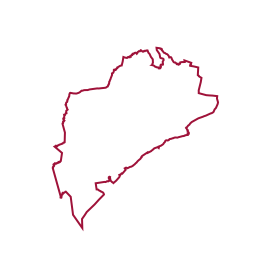 outline of "Nordre Land" nor, Oppland, Norway, rotated 240°
{"feature_id": "86288312B61487149869578", "entity_name": "\"Nordre Land\" nor", "entity_type": "district", "adm_level": 2, "iso_a3": "NOR", "parent_name": "Norway", "parent_adm1": "Oppland", "projection": "albers", "projection_center": [10.023, 60.946], "detail": "fine", "context": "isolated", "style": "outline", "palette": "rose", "viewbox_px": 256, "rotation_deg": 240, "n_neighbors": 0, "source": "geoboundaries", "source_scale": "gbopen_adm2", "svg_char_len": 5731}
<svg xmlns="http://www.w3.org/2000/svg" viewBox="0 0 256 256"><g transform="rotate(240 128 128)"><path d="M187.3,95.3L187.0,95.2L186.9,94.6L186.5,94.1L184.9,93.0L184.7,92.5L184.3,92.2L184.0,91.6L183.0,90.4L182.8,89.8L182.4,89.6L182.3,89.2L181.7,89.0L181.0,88.3L181.0,87.8L180.9,87.2L180.1,86.5L179.5,85.7L179.2,85.9L178.9,85.5L178.1,85.5L176.3,85.1L175.8,85.2L175.3,84.9L174.1,84.9L173.8,83.2L172.4,82.2L172.3,82.4L171.6,82.1L171.9,81.4L171.4,80.8L171.3,80.3L171.0,80.3L170.8,80.1L170.8,79.8L170.8,79.5L171.0,79.3L170.5,79.2L170.4,78.8L169.4,78.3L169.0,78.0L169.1,77.8L168.8,77.3L168.6,77.4L168.6,77.1L168.3,77.2L168.1,76.7L167.7,76.6L167.5,76.3L167.1,76.6L166.7,76.4L166.2,76.6L166.0,76.2L166.0,75.8L165.8,75.6L165.8,75.4L165.4,74.8L165.5,74.7L164.8,74.3L164.8,74.0L164.5,73.9L164.4,73.4L155.6,71.1L147.3,66.0L147.2,65.6L147.6,64.8L147.4,64.0L147.2,63.6L147.4,63.1L147.3,62.9L147.9,60.0L147.8,59.6L147.9,59.0L147.9,58.6L148.0,58.3L147.6,57.6L147.6,57.4L148.1,57.4L148.2,57.0L148.7,56.7L148.5,56.0L148.6,55.7L148.6,55.1L139.4,58.4L133.0,53.3L132.6,52.0L132.8,51.7L132.6,51.7L132.6,51.3L132.7,51.1L132.9,51.2L132.8,51.6L133.0,51.8L133.0,51.0L133.2,50.3L133.2,50.1L132.9,50.5L132.7,50.3L133.0,49.4L133.0,49.0L132.9,48.3L133.1,47.7L133.5,47.3L133.3,47.2L133.4,46.2L133.7,46.3L133.7,46.9L133.6,47.2L134.0,47.1L133.8,46.0L133.4,45.5L133.6,45.4L133.8,45.9L133.8,45.5L133.6,45.3L132.7,45.5L132.3,45.3L132.0,44.8L132.0,44.5L132.2,44.9L132.4,44.9L132.3,44.4L131.4,43.6L131.5,43.4L130.9,43.1L130.9,42.8L102.5,35.5L101.5,34.8L101.0,35.2L101.0,35.5L103.2,37.2L103.2,37.6L103.5,37.5L103.4,37.9L103.5,38.1L104.4,38.7L104.5,39.1L103.8,39.5L103.8,39.8L104.0,40.5L103.9,40.7L103.9,41.6L104.1,41.9L104.0,42.3L97.1,44.0L80.3,37.0L64.2,38.4L72.2,42.7L74.2,47.0L75.9,50.3L78.5,60.9L80.5,67.1L82.4,73.9L83.5,74.2L84.6,74.1L86.1,73.2L86.3,72.9L87.2,72.6L88.0,71.9L89.9,71.1L90.5,70.1L96.3,72.4L93.1,80.6L92.4,81.6L92.4,82.2L92.3,82.8L92.4,83.1L92.3,83.5L91.7,84.1L91.8,85.0L91.6,85.3L91.6,85.7L92.1,86.1L92.8,86.3L93.7,86.1L94.1,86.4L94.5,86.4L95.0,86.8L95.1,87.3L95.0,87.7L94.5,88.0L94.1,87.6L91.1,86.6L89.0,87.2L88.6,87.6L87.6,87.8L88.3,91.4L89.8,95.9L90.7,97.1L90.9,96.9L91.7,97.0L91.6,97.9L91.2,97.9L91.9,99.7L91.3,100.2L93.0,105.1L94.7,105.0L94.7,106.3L94.3,106.9L93.4,107.5L93.3,110.3L92.9,111.4L92.8,113.2L93.0,113.8L93.2,115.6L93.7,117.2L93.7,117.9L94.4,119.6L94.8,121.4L95.1,123.3L95.6,124.2L95.8,125.1L96.2,125.1L96.7,126.2L97.1,132.8L96.6,132.7L96.4,136.5L96.6,136.9L96.7,138.3L97.2,140.2L97.1,140.4L97.2,140.8L97.1,141.5L96.6,144.1L95.3,144.6L95.8,145.1L96.0,145.0L96.6,145.2L96.2,147.8L96.4,150.4L97.2,151.9L97.2,152.2L97.4,152.9L98.2,153.9L98.3,154.6L98.0,155.4L97.4,156.0L97.2,156.6L97.3,157.0L97.2,157.5L97.5,158.0L97.6,158.5L96.9,160.5L96.9,161.3L96.5,162.2L96.5,163.2L96.1,164.3L94.9,166.1L94.8,167.0L93.9,170.3L93.8,170.9L93.5,171.5L93.1,172.6L93.2,173.1L93.0,173.3L92.9,174.5L92.1,176.3L93.2,176.8L92.7,177.3L92.6,177.8L93.6,178.3L95.5,178.0L96.1,178.7L96.8,178.3L97.6,178.5L99.1,178.3L99.3,178.8L99.2,179.4L99.5,180.1L100.0,181.2L100.2,182.9L100.8,184.0L101.3,186.1L101.2,193.8L100.3,198.5L100.2,199.7L99.8,201.5L99.3,206.8L99.0,207.9L99.0,209.2L99.2,210.2L100.8,212.3L101.4,214.2L103.9,217.6L105.2,218.8L109.1,219.8L111.0,221.2L114.1,217.0L115.1,215.4L117.3,212.2L122.8,206.7L125.3,208.1L131.3,213.9L134.7,216.7L137.4,215.2L137.9,215.4L138.9,214.9L145.3,219.1L148.4,215.8L150.8,212.9L151.4,213.2L151.7,213.9L151.7,214.2L151.7,214.4L152.5,214.6L152.5,215.1L152.8,215.4L158.3,210.7L156.8,210.1L158.3,207.3L158.7,206.0L157.9,205.2L157.7,205.2L157.5,204.8L157.7,204.3L157.5,203.9L157.5,203.5L158.0,203.2L158.7,202.4L159.0,202.8L159.2,202.4L161.1,201.7L161.4,201.0L162.2,200.5L165.3,200.4L166.9,200.7L168.0,200.5L168.4,199.0L170.3,199.3L172.2,198.9L173.3,198.0L174.5,197.5L175.0,196.9L175.6,196.7L177.6,196.5L178.2,196.2L178.9,196.2L179.2,196.7L179.7,196.7L180.2,196.3L180.6,195.9L180.6,195.6L181.1,195.5L183.2,192.8L181.1,191.9L176.4,192.3L172.8,191.1L172.1,191.4L170.7,192.9L169.9,193.2L169.4,193.0L168.9,192.7L168.2,191.3L167.9,191.1L165.7,190.2L165.4,189.8L165.5,189.6L166.4,188.4L166.2,187.7L165.8,187.3L164.6,187.2L164.3,186.9L163.7,186.0L164.5,185.5L164.0,184.8L164.3,184.4L164.9,184.6L165.3,184.5L166.4,183.0L167.1,182.7L167.4,182.2L168.7,181.8L169.6,181.2L170.5,180.2L170.5,180.4L171.7,181.6L172.0,182.2L175.1,183.8L178.2,183.4L181.4,183.7L183.0,183.3L185.4,183.7L185.6,183.4L185.4,183.1L185.5,182.9L186.0,182.4L186.0,182.0L186.3,181.4L186.2,181.1L186.4,181.0L186.3,180.7L186.7,180.0L186.5,179.8L186.5,179.3L186.9,178.8L189.0,178.0L189.0,177.8L188.7,177.5L188.5,176.9L188.7,176.7L188.7,176.2L189.1,175.7L188.9,175.1L188.9,174.4L188.6,173.9L188.3,173.7L187.9,172.7L189.1,172.5L189.5,172.1L189.7,171.2L189.5,170.9L189.6,170.4L189.4,170.0L189.8,169.8L190.0,169.1L189.2,168.3L189.5,168.1L189.5,167.7L189.2,167.4L189.2,167.1L189.0,166.2L188.7,166.1L189.0,165.8L188.6,165.5L188.3,165.0L188.5,164.6L189.3,164.0L189.3,163.5L189.5,163.1L189.3,162.7L189.1,162.6L189.2,162.1L190.5,160.6L191.8,159.5L188.2,156.6L185.3,153.8L185.6,153.2L185.8,151.8L185.7,150.3L185.8,149.0L185.2,148.7L185.3,148.3L185.2,148.1L185.2,147.8L184.8,147.3L184.8,146.9L184.7,146.7L184.8,146.6L184.4,146.2L184.5,146.0L185.3,145.5L185.5,145.2L185.4,144.8L184.2,144.1L183.3,143.0L183.1,142.1L183.3,141.9L183.3,141.4L181.9,140.7L179.7,137.9L179.0,137.2L178.6,136.6L178.5,136.3L177.6,135.4L177.3,134.7L176.3,134.2L176.1,133.7L175.2,133.1L175.1,132.8L175.1,132.6L175.1,132.3L174.1,131.3L174.2,130.5L174.0,129.4L174.1,129.1L174.1,128.8L174.4,128.0L176.9,122.3L177.7,121.1L180.6,114.0L181.0,112.1L182.7,109.0L183.1,107.1L183.5,106.5L183.5,106.2L183.1,104.4L183.1,103.0L183.6,100.6L185.1,98.2L187.3,95.6L187.3,95.3Z" fill="none" stroke="#9f1239" stroke-width="2"/></g></svg>